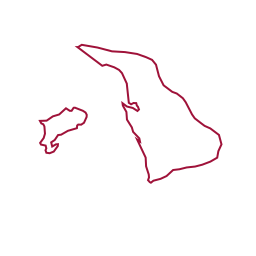 Kwail, Hwanghae-namdo, North Korea, rotated 307°
{"feature_id": "82179303B47267328602468", "entity_name": "Kwail", "entity_type": "district", "adm_level": 2, "iso_a3": "PRK", "parent_name": "North Korea", "parent_adm1": "Hwanghae-namdo", "projection": "albers", "projection_center": [124.924, 38.427], "detail": "fine", "context": "isolated", "style": "outline", "palette": "rose", "viewbox_px": 256, "rotation_deg": 307, "n_neighbors": 0, "source": "geoboundaries", "source_scale": "gbopen_adm2", "svg_char_len": 1461}
<svg xmlns="http://www.w3.org/2000/svg" viewBox="0 0 256 256"><g transform="rotate(307 128 128)"><path d="M177.2,199.8L177.2,194.0L175.8,187.9L175.8,183.2L175.9,175.5L177.4,170.9L178.9,167.8L183.3,158.6L184.8,153.9L184.9,146.2L183.5,141.6L183.5,130.8L188.0,121.6L194.1,113.9L195.4,112.3L196.9,106.2L195.5,100.0L192.6,90.7L186.8,79.9L179.6,69.1L173.9,55.2L166.6,41.0L162.7,39.5L162.2,38.9L162.2,70.0L165.6,72.5L168.2,80.5L169.0,85.9L168.2,90.2L162.7,100.4L162.2,100.8L148.6,113.5L148.8,116.2L151.3,117.4L152.8,119.6L151.2,121.6L151.0,123.0L149.4,125.6L147.3,125.3L146.9,119.8L144.5,114.2L144.5,108.7L142.8,110.4L139.9,117.0L139.6,117.3L134.1,122.1L130.8,130.7L128.0,134.4L126.5,143.3L124.4,145.7L124.3,142.2L115.0,159.9L108.3,165.5L104.5,170.9L103.4,172.5L101.2,174.5L98.4,175.4L97.9,177.9L98.1,179.2L101.2,180.0L107.0,184.6L112.8,187.7L121.6,189.3L126.0,193.9L131.8,198.6L137.6,204.8L143.4,209.4L150.7,214.0L158.0,217.1L163.9,214.1L171.2,212.5L177.2,204.8L177.2,199.8ZM106.7,71.2L106.4,66.6L97.4,64.9L92.1,61.0L84.9,58.6L80.7,53.4L79.5,56.0L80.0,58.1L79.0,60.2L78.6,60.6L73.5,65.1L69.2,66.7L63.2,66.8L62.4,68.5L64.4,72.8L62.6,75.0L60.6,75.5L59.1,77.7L60.7,80.6L64.5,82.9L71.3,82.8L72.9,81.8L71.6,80.3L67.6,78.6L70.3,75.3L74.3,76.7L80.3,76.4L82.4,78.6L89.6,81.7L97.1,87.3L99.4,85.9L100.8,86.2L102.5,88.6L105.7,89.7L111.9,88.3L113.7,87.1L114.8,84.8L114.6,81.6L112.3,73.4L111.4,72.4L107.8,72.6L106.7,71.2Z" fill="none" stroke="#9f1239" stroke-width="2"/></g></svg>